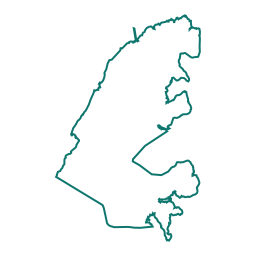 Fanif, Federated States of Micronesia (Robinson projection)
{"feature_id": "79324940B88858920972167", "entity_name": "Fanif", "entity_type": "district", "adm_level": 2, "iso_a3": "FSM", "parent_name": "Federated States of Micronesia", "parent_adm1": "", "projection": "robinson", "projection_center": [138.125, 9.563], "detail": "fine", "context": "isolated", "style": "outline", "palette": "teal", "viewbox_px": 256, "rotation_deg": 0, "n_neighbors": 0, "source": "geoboundaries", "source_scale": "gbopen_adm2", "svg_char_len": 5878}
<svg xmlns="http://www.w3.org/2000/svg" viewBox="0 0 256 256"><path d="M166.7,131.6L166.4,131.5L166.5,130.5L166.3,129.6L162.1,128.9L161.4,129.3L161.0,128.5L159.9,128.3L158.6,127.4L158.7,126.6L158.0,125.7L158.5,125.3L159.3,125.4L161.3,127.2L166.1,129.1L167.6,129.3L169.2,128.7L169.5,128.5L167.9,127.6L167.6,127.0L168.4,126.3L168.3,125.8L171.2,124.5L173.3,118.1L174.6,117.6L176.6,118.0L177.8,117.6L179.5,116.8L180.5,116.1L180.6,115.6L182.0,115.1L182.7,114.4L186.6,114.2L187.8,113.8L189.0,113.2L190.1,112.0L190.5,111.1L190.5,109.8L191.1,109.2L191.2,108.0L190.5,105.6L188.5,102.6L188.6,101.9L188.0,101.5L188.1,99.2L186.8,95.2L186.3,92.1L185.8,91.7L185.0,92.0L184.6,91.2L183.1,91.9L180.7,94.3L179.1,95.1L177.5,95.1L176.6,95.5L175.8,96.2L174.1,99.4L173.4,100.2L172.9,100.0L170.7,101.3L169.6,101.5L168.2,102.7L167.3,102.5L166.4,103.1L166.4,102.0L167.8,101.4L168.4,99.2L168.0,98.4L166.6,98.4L166.5,98.0L167.3,96.5L166.5,95.6L165.8,91.9L167.0,91.7L167.6,90.7L166.8,88.8L166.0,88.5L166.1,87.5L167.1,86.7L168.0,86.5L170.0,84.5L171.2,82.4L170.5,82.1L170.8,81.0L171.7,81.4L172.1,78.0L173.4,77.6L176.1,80.1L177.1,80.6L178.7,80.0L181.0,77.9L181.7,77.8L184.2,78.2L185.2,78.9L186.5,80.6L188.3,81.4L189.1,80.0L189.0,78.6L188.3,77.1L186.8,75.3L186.5,73.6L185.9,72.6L185.1,71.6L183.6,70.7L182.9,69.2L179.7,66.2L179.4,65.3L179.8,64.4L178.7,61.8L179.0,59.8L179.7,58.7L180.3,54.9L180.2,54.2L181.2,53.4L182.9,53.6L184.4,53.0L185.5,53.2L191.1,57.3L192.6,57.6L195.9,56.9L197.2,57.0L198.2,56.7L199.8,51.9L199.6,46.0L199.9,38.5L199.6,36.1L199.1,35.4L199.8,34.6L199.9,31.6L199.4,28.8L198.3,28.3L196.4,28.9L196.0,28.1L194.6,28.3L193.2,27.6L190.9,28.1L189.6,29.5L189.6,28.8L190.0,28.4L192.0,27.0L191.4,26.5L190.9,22.9L190.9,20.9L189.6,21.1L189.6,20.5L189.1,19.6L188.6,19.1L187.7,18.9L186.7,17.1L185.5,16.7L186.0,16.3L185.9,15.8L184.7,15.4L182.2,16.8L180.9,18.3L180.2,18.1L178.4,19.3L177.5,17.7L176.6,17.9L176.1,19.2L174.6,20.6L174.2,22.9L173.5,20.4L171.3,19.0L170.9,20.1L169.2,20.1L168.7,20.9L168.6,21.6L167.6,21.5L167.0,20.8L165.7,21.9L161.7,22.6L160.6,23.3L160.1,24.7L159.6,24.9L158.5,23.7L157.2,24.6L155.5,24.7L153.9,26.7L154.5,29.0L153.1,28.6L152.3,27.3L150.9,26.4L148.9,26.9L147.0,27.8L145.4,29.7L144.5,32.0L143.2,32.6L142.7,33.1L142.2,35.3L140.5,35.5L138.5,38.1L137.2,39.2L138.3,40.9L137.3,41.4L136.3,40.3L134.4,28.5L133.8,28.3L135.7,40.0L135.0,41.5L134.6,41.1L134.2,41.2L133.8,42.4L133.1,42.6L132.0,41.5L130.4,41.5L129.2,42.2L129.1,42.7L128.7,42.5L128.2,43.1L127.1,43.3L122.9,47.7L121.7,48.5L121.1,48.1L120.5,48.3L120.3,50.1L120.0,50.7L111.7,59.7L109.3,60.2L107.7,63.5L106.2,69.5L104.6,72.4L104.4,73.4L104.8,74.2L104.4,76.9L103.1,80.6L101.4,82.6L100.6,82.9L99.9,82.5L99.0,83.9L99.7,84.3L99.4,85.1L100.2,87.4L99.8,87.6L99.4,87.2L98.8,87.5L98.2,88.6L98.3,89.9L96.7,89.9L95.3,90.7L94.3,90.3L93.8,92.5L90.6,99.6L88.8,104.7L85.9,110.4L84.2,112.2L83.1,114.5L82.7,114.3L82.1,115.3L81.3,116.0L80.5,118.1L79.2,119.7L77.9,120.6L75.7,124.7L73.2,128.2L71.1,134.6L71.9,135.4L73.2,134.1L74.7,134.8L75.9,136.5L75.4,136.9L75.4,137.5L76.1,138.1L77.2,138.2L79.0,140.2L79.0,140.9L76.5,144.8L76.3,146.2L75.5,147.6L71.4,151.0L70.9,151.8L71.2,152.9L70.0,153.9L68.8,154.0L66.2,155.3L65.5,156.4L65.8,157.7L64.8,158.6L64.4,160.0L64.4,164.1L63.1,165.8L62.3,168.0L61.0,169.4L60.2,171.0L57.9,171.9L56.9,174.6L56.9,175.4L56.1,176.9L102.6,205.1L103.8,208.0L107.1,223.3L108.5,225.0L110.1,226.0L114.3,227.2L128.1,226.9L134.7,227.7L140.5,227.8L152.6,226.6L151.6,224.9L151.4,224.2L150.4,224.1L150.2,223.4L149.6,222.8L147.5,222.4L147.1,222.0L146.1,222.5L146.0,222.1L146.7,220.8L146.8,219.4L147.1,219.2L147.6,219.7L148.3,219.4L149.3,220.3L149.5,220.0L147.9,218.4L147.8,217.4L147.9,217.1L148.4,217.6L149.3,216.5L149.7,216.4L150.1,214.7L151.9,215.3L152.2,215.2L152.5,214.2L152.7,214.8L153.9,214.8L154.1,213.3L154.6,213.2L154.3,215.4L154.7,216.7L155.5,218.0L156.4,218.4L157.6,220.3L157.8,221.3L160.4,223.6L160.7,225.0L161.4,226.1L161.0,226.6L161.1,227.5L163.5,229.6L164.1,230.5L164.6,231.9L164.8,235.3L166.2,237.6L166.2,238.9L167.0,240.3L167.6,239.8L169.0,240.6L170.5,238.4L171.4,236.4L171.0,234.7L170.6,234.1L169.0,234.5L168.4,233.6L167.6,233.8L167.4,233.2L168.2,232.8L168.4,231.7L168.3,230.5L167.5,229.5L167.5,228.7L168.0,227.2L169.2,224.9L169.1,223.5L169.7,223.9L170.1,223.7L170.3,222.7L170.3,220.7L169.7,217.8L170.3,216.8L170.0,214.9L171.3,214.1L173.0,215.3L174.4,215.1L175.2,214.7L176.0,214.9L178.0,213.8L179.9,215.0L180.5,214.8L180.7,214.1L182.1,213.7L182.4,212.1L182.0,210.5L179.5,208.3L178.8,207.4L177.6,207.2L176.7,207.8L176.0,207.3L174.4,208.0L174.8,206.9L174.3,205.4L173.0,202.7L171.1,201.8L170.9,200.9L169.8,200.6L169.4,201.2L168.4,201.3L166.9,202.3L166.8,201.6L164.8,202.1L162.9,201.9L162.0,201.4L160.8,201.8L160.1,201.6L160.1,202.3L158.9,201.5L159.6,199.8L159.5,199.4L159.1,199.2L159.4,198.9L159.8,199.4L165.5,199.4L166.5,198.4L167.7,198.7L168.3,198.0L168.4,197.2L169.5,197.0L169.4,199.4L170.9,199.7L171.0,198.6L169.9,198.5L169.9,196.7L171.2,195.1L172.2,195.2L172.7,194.9L172.7,193.7L173.8,193.2L173.8,192.6L173.1,192.2L173.4,191.8L173.8,191.8L174.5,192.8L175.0,192.8L175.2,191.3L175.5,191.5L175.0,193.3L176.0,194.3L176.3,195.4L177.9,196.2L179.8,197.8L180.6,197.4L181.5,195.9L182.8,196.7L183.7,196.4L184.6,197.0L185.6,197.2L188.1,196.6L188.9,197.1L191.1,196.3L193.3,194.9L195.2,194.5L197.1,192.9L197.5,191.3L197.3,189.4L196.9,188.7L196.9,187.3L197.6,186.8L198.1,185.4L198.9,184.6L199.4,182.7L198.2,178.8L197.6,177.6L196.8,177.0L196.5,175.3L194.4,175.0L192.5,175.8L192.5,174.0L193.1,173.7L193.8,172.5L193.5,172.1L194.0,171.6L193.9,170.5L193.3,169.9L193.3,168.0L193.0,167.5L193.2,167.2L192.9,166.0L191.8,164.9L190.8,163.3L190.5,162.3L188.5,160.7L186.9,160.7L183.0,162.2L180.8,162.3L180.6,162.5L177.8,162.1L176.9,162.4L175.6,165.4L174.0,166.7L172.8,166.9L171.6,167.5L168.2,171.6L161.4,175.1L151.7,174.3L139.4,165.1L132.8,161.4L132.8,161.1L133.0,159.2L145.1,145.8L166.7,131.6Z" fill="none" stroke="#0f766e" stroke-width="2"/></svg>